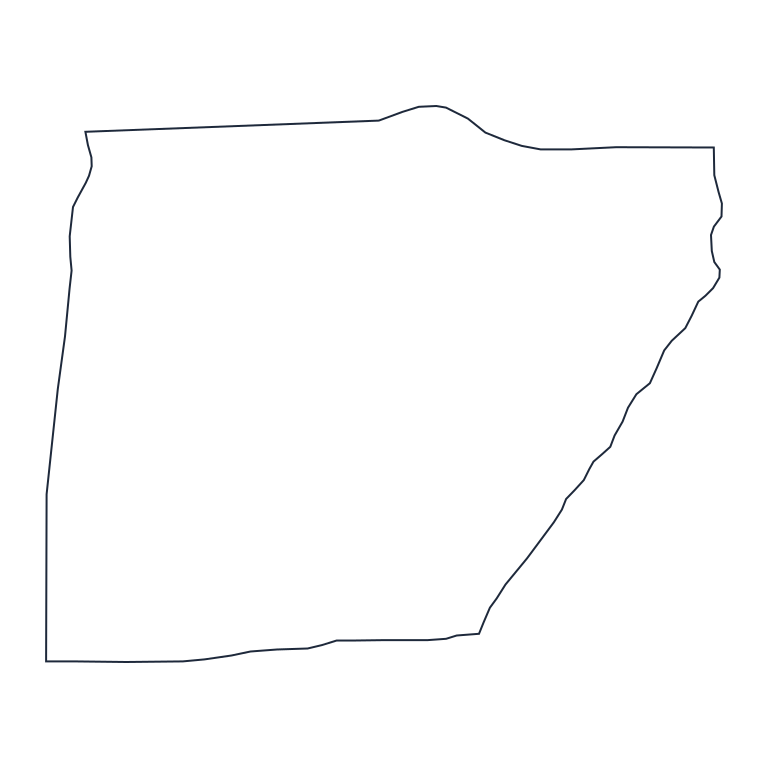 Ntem, Wouleu-Ntem, Gabon (Mercator projection)
{"feature_id": "22940354B82512793469031", "entity_name": "Ntem", "entity_type": "district", "adm_level": 2, "iso_a3": "GAB", "parent_name": "Gabon", "parent_adm1": "Wouleu-Ntem", "projection": "mercator", "projection_center": [11.684, 2.068], "detail": "fine", "context": "isolated", "style": "outline", "palette": "slate", "viewbox_px": 768, "rotation_deg": 0, "n_neighbors": 0, "source": "geoboundaries", "source_scale": "gbopen_adm2", "svg_char_len": 1142}
<svg xmlns="http://www.w3.org/2000/svg" viewBox="0 0 768 768"><path d="M713.8,147.5L616.1,147.2L571.4,149.4L540.6,149.4L521.8,145.9L504.3,140.2L485.4,132.6L467.9,118.6L446.0,107.6L436.3,106.0L418.8,106.8L402.4,111.9L378.8,120.6L85.4,131.8L87.9,145.0L91.4,157.4L91.7,166.3L89.0,175.8L85.8,182.8L77.7,197.6L73.0,207.0L69.7,236.3L70.3,256.8L71.6,270.6L69.6,288.3L65.0,336.4L57.8,389.0L46.6,494.3L46.1,661.4L74.9,661.4L126.2,662.0L182.8,661.4L204.5,659.4L231.5,655.5L250.5,651.5L276.9,649.5L307.6,648.5L321.9,645.1L336.7,640.5L356.0,640.5L385.5,640.1L416.2,640.1L428.0,640.1L446.1,638.8L456.7,635.5L478.9,633.8L479.0,633.8L483.6,622.4L489.9,607.7L496.7,598.4L505.5,584.5L527.0,558.4L539.2,542.0L553.9,522.2L561.9,509.6L566.1,499.0L574.6,490.2L583.8,480.1L589.3,469.1L593.5,461.6L602.3,454.0L610.3,446.8L614.6,435.5L622.6,421.6L628.0,407.7L636.4,394.2L649.9,383.2L656.7,368.1L664.2,350.4L671.8,340.7L685.3,328.1L691.6,315.9L698.3,301.6L705.5,295.7L713.1,288.1L719.4,277.6L719.8,269.6L714.3,262.0L711.8,251.0L711.0,235.0L713.9,226.6L721.5,216.5L721.9,203.5L718.6,192.1L714.3,175.2L713.8,147.5Z" fill="none" stroke="#1e293b" stroke-width="2"/></svg>